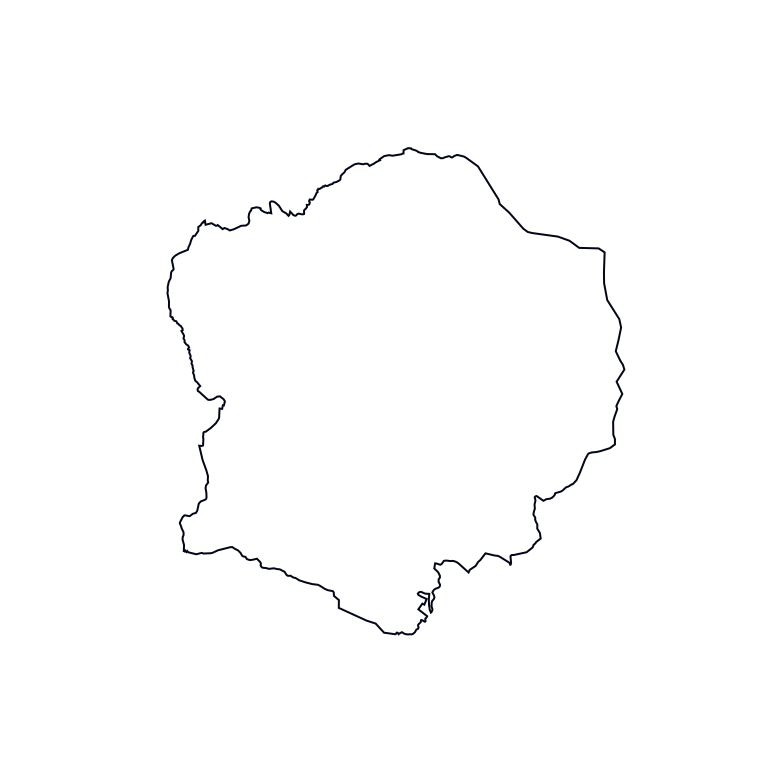 the district of Pausesti-Maglasi, Vâlcea, Romania, rotated 240°
{"feature_id": "2599482B55299870706734", "entity_name": "Pausesti-Maglasi", "entity_type": "district", "adm_level": 2, "iso_a3": "ROU", "parent_name": "Romania", "parent_adm1": "Vâlcea", "projection": "equal_earth", "projection_center": [24.244, 45.144], "detail": "fine", "context": "isolated", "style": "outline", "palette": "ink", "viewbox_px": 768, "rotation_deg": 240, "n_neighbors": 0, "source": "geoboundaries", "source_scale": "gbopen_adm2", "svg_char_len": 6166}
<svg xmlns="http://www.w3.org/2000/svg" viewBox="0 0 768 768"><g transform="rotate(240 384 384)"><path d="M614.8,310.5L614.4,309.1L614.9,309.2L614.2,306.6L613.1,304.5L612.8,301.6L609.5,299.8L606.8,294.3L607.5,293.2L607.4,292.5L605.3,289.3L601.9,285.6L600.4,283.3L598.3,281.2L599.6,271.9L599.5,267.3L598.7,264.2L597.3,262.2L588.7,259.3L588.1,258.2L587.9,256.8L587.1,255.5L582.3,252.1L580.2,248.8L576.1,245.1L572.9,243.5L571.0,241.9L563.2,239.2L558.1,236.2L556.2,235.9L555.3,236.2L553.9,235.7L549.5,232.9L549.0,232.9L547.5,234.2L546.6,234.1L546.2,233.4L545.7,233.4L545.1,233.8L543.4,234.1L542.6,235.2L542.0,235.5L539.7,235.3L539.1,235.9L537.0,236.3L536.1,237.0L532.6,237.2L531.2,236.5L531.2,235.1L526.2,235.1L525.3,234.7L523.8,233.2L521.7,233.2L519.9,232.2L517.2,232.6L515.1,233.6L513.1,233.5L512.3,231.7L511.8,231.6L510.5,232.6L510.1,232.4L509.8,231.9L508.3,230.9L506.0,230.8L504.3,230.2L503.4,229.0L499.9,229.1L497.6,227.4L495.8,227.5L494.0,226.5L490.5,225.7L489.8,224.6L488.9,224.2L486.3,223.8L484.1,222.8L481.1,222.2L479.1,223.0L474.1,223.8L473.3,220.7L472.8,220.0L471.1,219.3L469.2,220.2L458.6,223.6L457.6,224.6L456.7,226.8L456.2,229.2L456.5,233.1L455.4,235.7L451.0,237.5L448.4,237.5L445.5,234.6L446.1,233.8L443.4,231.4L445.0,229.3L437.3,224.4L436.4,223.4L434.1,218.8L432.6,212.5L431.8,206.0L432.4,204.2L432.2,203.4L428.4,200.7L426.7,200.1L421.6,196.8L421.2,196.4L421.4,195.4L422.9,193.1L408.9,188.9L398.2,187.0L392.2,185.5L388.7,183.2L386.6,182.5L385.1,179.1L383.0,177.4L378.9,175.9L374.2,173.4L373.3,172.2L373.2,171.4L373.9,166.7L373.3,164.5L372.8,163.6L367.7,159.0L366.4,156.6L367.2,153.4L366.7,149.9L366.9,149.3L369.8,146.0L370.0,145.1L369.5,144.0L369.6,143.4L366.1,138.0L365.0,137.4L363.0,137.3L360.2,136.6L356.0,136.3L353.5,135.0L352.0,133.1L350.1,131.8L344.5,130.3L339.4,127.1L339.1,127.5L339.6,128.3L339.4,128.6L338.4,127.9L337.9,128.8L337.2,129.0L337.7,130.1L336.1,130.4L330.4,136.3L328.9,141.7L327.5,142.8L324.1,149.3L323.5,151.3L323.0,157.0L319.5,169.4L318.6,171.1L315.7,172.5L313.1,174.3L309.6,175.3L306.2,175.3L304.9,176.0L303.6,177.6L301.0,177.7L298.7,179.6L297.6,182.0L296.2,186.6L291.3,187.8L289.8,187.5L288.5,186.4L286.9,186.4L285.7,186.9L283.5,189.9L281.4,192.0L279.5,196.4L276.9,199.2L275.7,201.0L271.1,204.0L267.7,204.1L266.3,204.6L265.7,205.2L264.7,207.2L261.9,208.6L260.1,210.5L256.3,212.5L251.5,216.8L246.5,221.9L243.3,226.2L241.4,227.6L236.3,230.2L233.5,232.3L230.2,236.1L228.7,236.3L225.5,234.7L219.4,236.9L212.7,232.9L187.8,250.6L180.7,257.0L168.6,259.7L161.6,268.7L161.6,269.6L162.3,270.5L162.2,271.0L161.5,271.5L160.0,271.6L160.2,272.5L160.1,275.4L157.8,276.6L156.6,277.6L155.0,279.7L154.6,280.9L153.4,282.6L153.1,284.2L153.6,286.7L155.1,289.2L155.0,291.2L155.9,292.2L157.7,292.7L158.5,293.3L159.4,296.8L160.9,297.9L160.6,298.8L157.8,300.4L157.6,300.9L158.0,301.5L160.1,302.4L160.6,304.2L161.3,305.3L171.7,301.1L174.6,307.4L172.7,308.6L176.5,313.4L181.2,310.0L184.3,308.3L185.6,308.5L186.1,310.5L185.5,312.1L181.8,314.9L179.6,318.3L175.2,315.2L170.7,312.8L165.5,310.7L162.6,310.3L162.7,311.0L163.7,312.5L164.6,313.3L167.9,314.1L170.8,316.0L172.1,317.4L172.7,319.4L174.0,321.0L175.7,321.5L179.4,321.7L180.8,324.3L180.9,326.0L180.4,329.6L180.6,330.7L181.5,331.8L182.3,332.2L185.4,332.4L187.6,333.7L188.2,335.4L189.8,336.5L193.9,336.8L199.1,335.3L203.1,338.6L202.4,339.6L199.3,342.4L199.3,344.0L200.8,347.2L200.7,348.1L199.6,350.2L197.6,352.7L197.1,353.9L195.8,355.9L193.6,357.7L191.5,358.8L178.5,363.0L180.2,365.4L180.6,372.3L182.8,376.5L183.4,379.5L186.6,387.2L180.2,394.0L178.2,396.7L176.5,397.9L167.0,403.0L165.3,403.3L163.7,402.6L165.3,404.5L171.6,407.4L172.0,408.5L172.0,409.2L171.0,410.9L167.0,423.4L168.0,430.3L168.5,431.6L169.9,433.1L170.3,435.4L171.1,436.9L171.8,442.4L176.9,444.5L182.1,444.4L185.8,446.6L188.1,446.6L191.1,447.1L192.2,448.0L193.5,448.2L195.3,448.0L196.3,448.2L198.4,449.9L200.6,452.3L204.5,454.2L207.3,456.9L210.6,457.9L211.0,459.0L210.6,460.2L203.1,463.7L203.1,466.9L201.7,470.4L201.5,472.4L201.9,474.6L202.7,476.6L203.7,477.4L203.7,478.3L202.5,482.9L202.4,485.1L203.5,490.1L203.0,492.5L203.2,496.4L202.9,497.5L204.4,502.5L209.0,509.0L218.0,520.3L221.4,525.8L221.4,527.3L220.8,529.8L218.9,533.9L217.7,537.7L215.5,547.5L216.2,553.8L220.9,556.5L225.4,557.2L236.8,563.6L240.5,567.4L245.6,573.4L248.7,574.2L251.7,578.4L256.2,585.4L269.7,586.6L276.3,599.4L281.1,600.5L286.2,600.3L296.5,601.1L304.5,608.8L314.4,617.6L322.5,620.2L345.1,619.3L361.2,625.0L370.7,630.3L387.7,640.9L394.1,637.7L404.3,621.1L415.4,616.2L424.7,608.3L440.5,588.0L443.8,584.5L448.8,582.3L469.9,578.1L481.9,574.2L486.7,575.5L525.5,574.2L538.9,568.2L541.2,566.8L545.8,561.9L546.3,559.0L546.1,556.4L546.6,555.6L548.2,554.8L548.9,554.0L549.9,550.0L550.1,547.9L551.1,546.1L554.6,543.9L557.5,543.1L561.5,536.4L565.7,531.5L567.8,529.6L569.1,529.2L570.6,528.1L573.6,525.3L574.5,525.3L576.2,522.7L576.7,517.9L573.9,516.1L574.2,515.6L574.3,513.8L577.4,505.6L579.7,502.7L581.3,498.1L580.8,492.4L579.8,492.5L580.1,488.3L579.9,485.7L580.1,480.5L582.1,480.2L583.3,479.4L584.4,477.3L584.7,475.8L587.6,472.3L588.6,469.7L589.0,467.8L588.6,457.9L587.1,455.6L586.5,452.5L585.7,450.5L583.0,448.5L582.6,447.5L582.7,444.0L583.5,441.3L583.5,440.5L583.0,439.4L583.7,436.7L583.7,434.3L584.0,433.5L585.3,432.4L584.9,430.9L585.7,430.2L585.1,428.8L585.3,428.1L585.1,425.8L585.9,424.7L585.1,423.8L585.1,423.0L583.4,422.5L583.1,421.0L581.5,418.9L579.2,414.9L579.3,414.2L580.9,411.9L579.8,410.5L578.4,410.6L577.3,409.6L576.9,408.8L577.1,407.7L577.7,406.7L575.8,405.8L574.9,404.0L574.7,402.6L574.2,401.5L571.2,399.8L571.3,399.1L572.3,397.3L574.2,395.4L574.5,393.8L574.0,392.6L573.9,391.7L574.1,391.2L575.6,390.0L580.3,388.9L577.8,386.6L577.4,385.4L580.5,384.7L584.5,382.4L590.9,382.1L595.0,380.8L597.0,379.7L598.4,378.0L598.5,376.6L597.4,375.4L588.2,371.7L590.2,369.7L590.2,368.6L592.9,366.2L595.8,364.6L596.8,364.3L597.7,365.0L598.8,364.3L600.8,361.9L602.1,357.7L602.2,357.2L600.8,355.7L600.2,354.1L598.7,352.1L596.1,350.1L592.7,349.0L590.7,347.0L590.3,344.9L590.4,343.5L592.4,339.5L593.1,331.3L594.1,327.2L596.2,326.1L598.9,323.8L598.8,321.7L604.8,319.5L604.6,318.5L605.1,317.5L609.5,315.0L611.1,309.1L614.8,310.5Z" fill="none" stroke="#020617" stroke-width="2"/></g></svg>